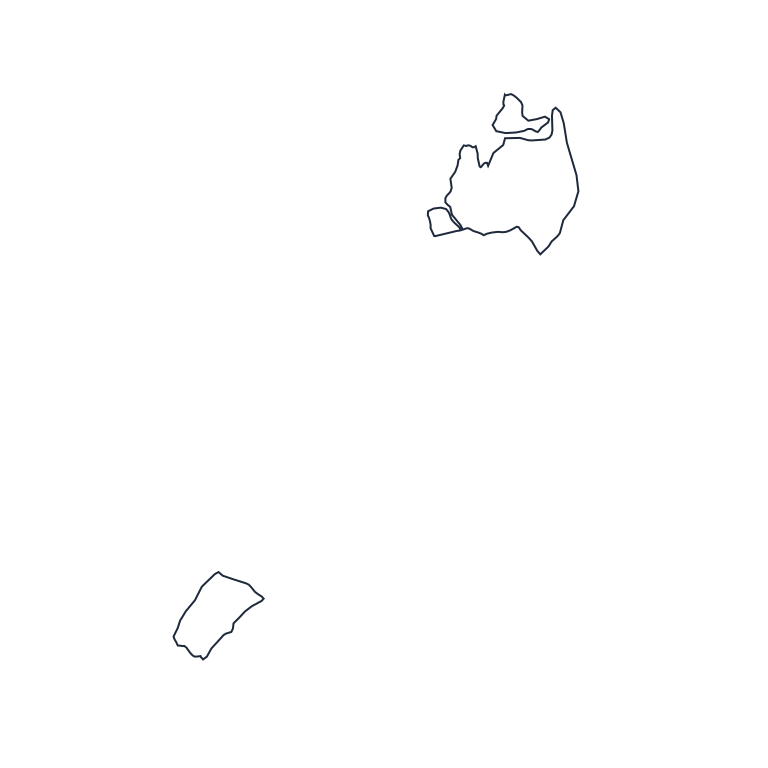 an SVG outline of Hovedstaden, rotated 105°
{"feature_id": "DNK-3419", "entity_name": "Hovedstaden", "entity_type": "Region", "adm_level": 1, "iso_a3": "DNK", "parent_name": "Denmark", "parent_adm1": "", "projection": "natural_earth1", "projection_center": [12.898, 55.56], "detail": "fine", "context": "isolated", "style": "outline", "palette": "slate", "viewbox_px": 768, "rotation_deg": 105, "n_neighbors": 0, "source": "natural_earth", "source_scale": "10m", "svg_char_len": 2485}
<svg xmlns="http://www.w3.org/2000/svg" viewBox="0 0 768 768"><g transform="rotate(105 384 384)"><path d="M115.3,330.7L111.1,316.3L111.2,307.8L110.5,304.3L106.1,291.4L103.2,288.0L99.8,286.7L95.7,286.9L81.3,291.2L75.8,291.9L72.7,289.7L75.9,283.8L85.7,277.8L103.6,269.8L132.5,252.1L147.5,246.1L163.1,246.5L179.4,253.2L192.8,253.2L196.4,254.7L203.0,259.0L208.6,260.7L218.3,266.6L215.7,270.4L208.0,278.0L205.3,282.1L200.1,291.7L197.7,294.5L197.7,296.4L202.9,301.8L205.5,305.5L206.7,308.7L207.5,313.2L209.6,318.6L212.1,323.3L214.5,326.3L213.7,328.6L213.3,331.9L213.1,337.0L212.0,341.2L211.8,342.8L212.0,344.0L212.7,345.2L214.5,347.8L210.5,351.5L202.9,362.2L195.8,365.9L194.5,368.8L192.7,371.7L188.5,372.8L185.4,371.9L183.2,370.6L180.7,369.5L176.9,369.4L168.6,373.0L160.5,370.1L153.9,369.5L148.3,370.1L146.0,368.9L142.3,370.5L138.7,370.6L132.9,368.7L132.7,365.8L131.8,364.8L131.5,363.5L131.7,361.8L132.0,360.8L132.3,360.1L132.4,359.5L132.2,359.0L132.1,358.5L130.6,357.0L137.2,353.2L141.5,351.9L149.0,348.0L149.6,346.9L149.1,346.3L145.5,344.7L144.8,344.2L144.4,343.6L144.0,343.0L143.7,341.7L146.3,339.9L132.6,338.1L129.5,335.9L122.3,330.7L115.4,330.7L115.3,330.7ZM696.9,487.5L696.0,488.7L695.6,489.5L695.2,490.2L694.3,490.8L695.8,494.4L696.3,496.6L695.7,498.7L693.8,501.7L689.8,506.6L688.7,509.0L689.4,511.1L689.4,512.6L690.0,515.5L687.0,518.0L685.0,520.1L682.4,521.9L673.1,520.1L665.3,519.7L654.8,516.6L641.7,510.6L626.9,507.5L611.4,498.2L608.5,495.2L610.9,490.1L611.6,479.8L612.3,465.0L612.9,462.5L614.5,459.9L618.1,455.0L619.6,451.4L620.9,447.2L622.5,444.7L625.1,446.0L632.8,454.1L635.5,456.2L639.8,459.5L646.9,463.2L654.1,467.4L659.3,466.6L663.0,467.3L666.1,472.2L668.2,474.1L670.5,475.2L684.2,482.3L693.1,484.5L696.9,487.5ZM73.5,342.1L73.7,341.9L73.3,340.2L71.5,337.1L71.1,336.2L71.7,333.4L73.2,329.9L76.3,324.5L79.2,322.3L85.8,320.9L89.2,319.5L92.3,312.7L88.5,304.8L84.1,297.7L85.5,293.0L88.9,293.2L95.5,298.4L99.0,299.7L100.8,300.7L100.7,303.1L99.9,305.9L99.6,307.8L100.4,310.8L101.1,311.9L102.0,312.7L103.4,314.5L106.9,321.6L110.2,331.6L110.7,341.0L105.8,346.1L99.0,344.3L95.7,344.7L86.8,340.7L83.8,340.0L83.5,340.3L83.2,340.9L80.8,341.7L73.7,342.1L73.5,342.1ZM217.0,352.7L227.9,372.8L228.1,373.8L221.4,379.4L218.6,380.0L215.1,381.6L211.9,383.5L209.8,385.3L205.7,386.1L201.7,381.5L199.0,374.9L198.9,369.4L201.0,366.4L203.4,364.3L205.9,362.7L207.9,361.0L209.9,358.0L213.1,351.9L215.6,349.6L216.4,351.0L216.7,351.7L217.0,352.7Z" fill="none" stroke="#1e293b" stroke-width="2"/></g></svg>